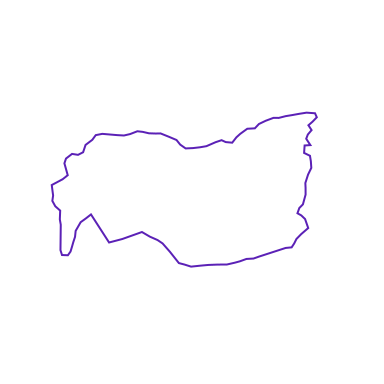 Munhoz de Melo, Paraná, Brazil (Albers equal-area conic projection), rotated 66°
{"feature_id": "56859067B84090518695688", "entity_name": "Munhoz de Melo", "entity_type": "district", "adm_level": 2, "iso_a3": "BRA", "parent_name": "Brazil", "parent_adm1": "Paraná", "projection": "albers", "projection_center": [-51.738, -23.131], "detail": "fine", "context": "isolated", "style": "outline", "palette": "violet", "viewbox_px": 384, "rotation_deg": 66, "n_neighbors": 0, "source": "geoboundaries", "source_scale": "gbopen_adm2", "svg_char_len": 1447}
<svg xmlns="http://www.w3.org/2000/svg" viewBox="0 0 384 384"><g transform="rotate(66 192 192)"><path d="M283.1,123.5L280.6,119.6L277.4,115.7L274.9,109.4L272.2,100.5L262.7,99.7L257.8,101.7L254.3,104.3L250.3,100.5L248.4,95.7L240.6,89.3L234.5,86.6L229.9,84.8L223.3,78.9L218.5,73.2L212.2,70.9L206.9,69.5L201.9,73.7L195.3,70.2L197.3,64.8L189.8,66.0L186.6,62.8L184.1,57.6L178.4,58.5L176.8,53.3L174.5,47.6L170.1,47.6L166.1,55.1L164.2,62.2L162.4,69.5L160.8,75.6L159.6,82.6L157.4,87.5L156.9,95.7L157.1,103.2L159.4,108.7L156.7,115.8L158.5,124.3L160.1,129.2L163.3,135.2L160.1,140.9L156.7,143.9L156.1,150.1L156.0,160.2L154.4,166.5L152.3,173.2L149.6,180.1L143.9,183.5L138.2,185.0L132.2,190.6L125.7,196.9L123.8,201.4L120.9,207.4L117.0,212.6L114.3,217.2L113.9,225.0L112.7,231.2L109.5,237.4L102.4,250.3L100.9,256.8L103.8,261.9L105.7,270.1L111.4,275.3L111.7,281.0L108.4,286.1L110.2,293.5L113.9,296.9L126.1,298.7L127.7,304.9L128.6,317.3L138.7,320.3L143.3,323.2L149.4,322.7L155.4,320.0L163.3,323.9L168.5,325.2L191.6,335.8L196.7,336.4L199.3,331.1L197.0,327.2L193.2,323.9L189.6,320.9L185.4,317.1L180.2,314.1L174.3,306.0L172.9,299.4L171.4,293.4L204.4,288.3L206.6,274.8L208.2,254.0L215.6,248.7L221.9,243.0L227.0,239.8L237.6,236.5L251.6,232.9L255.2,228.4L259.8,223.2L263.0,213.4L265.3,206.7L268.9,197.7L272.4,189.8L274.0,181.6L274.8,176.4L275.3,169.5L277.8,162.9L278.3,156.7L279.0,150.1L281.2,129.2L283.1,123.5Z" fill="none" stroke="#5b21b6" stroke-width="2"/></g></svg>